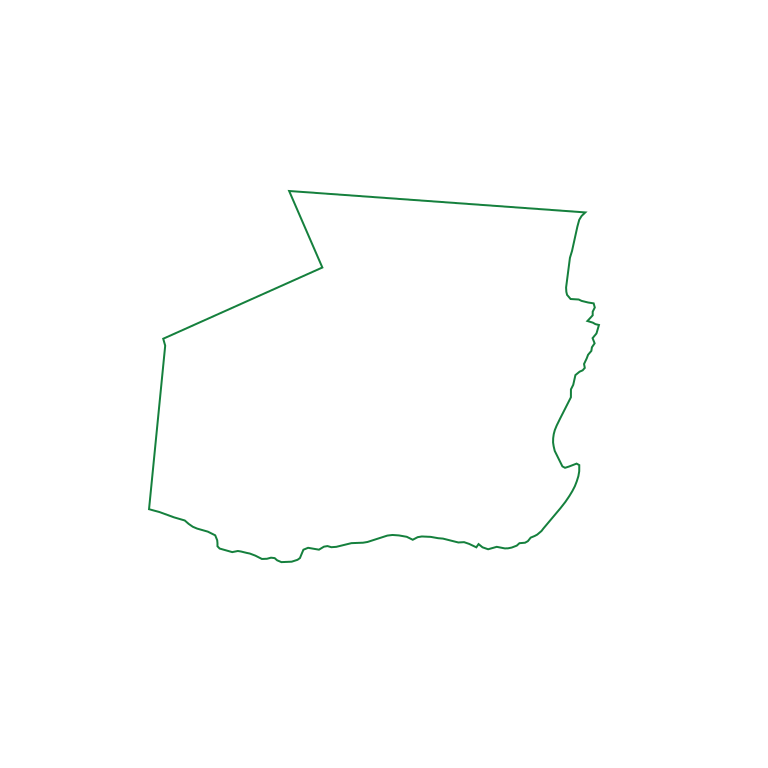 Ngerbelau, Angaur, Palau, rotated 54°
{"feature_id": "81905179B91574201730062", "entity_name": "Ngerbelau", "entity_type": "district", "adm_level": 2, "iso_a3": "PLW", "parent_name": "Palau", "parent_adm1": "Angaur", "projection": "mercator", "projection_center": [134.149, 6.91], "detail": "fine", "context": "isolated", "style": "outline", "palette": "green", "viewbox_px": 768, "rotation_deg": 54, "n_neighbors": 0, "source": "geoboundaries", "source_scale": "gbopen_adm2", "svg_char_len": 1737}
<svg xmlns="http://www.w3.org/2000/svg" viewBox="0 0 768 768"><g transform="rotate(54 384 384)"><path d="M217.6,536.0L224.4,538.5L347.2,647.7L355.5,641.0L368.4,632.3L377.3,625.4L382.2,624.3L387.1,622.6L391.1,620.2L399.9,613.3L407.2,609.5L412.4,610.8L414.9,612.3L417.4,614.1L420.5,613.7L430.8,605.6L433.2,600.4L435.4,598.2L440.0,594.3L442.3,592.2L447.2,589.0L453.8,585.6L456.6,581.4L458.1,577.5L460.6,574.8L463.8,574.1L467.8,571.7L473.5,563.1L475.4,557.3L475.4,554.3L473.6,551.4L470.7,546.6L471.9,541.7L479.8,534.0L480.3,528.2L481.9,525.0L485.1,522.5L487.7,518.3L493.6,503.9L500.1,494.2L502.1,490.2L508.6,470.4L511.1,465.9L515.3,460.9L521.0,455.4L526.9,452.3L527.7,446.8L529.6,443.0L535.1,436.1L540.6,430.8L543.7,427.2L555.9,417.0L559.0,412.2L563.4,409.1L570.4,405.3L569.1,401.6L574.0,400.3L578.9,396.9L582.0,388.5L588.0,382.9L589.8,380.3L591.4,376.8L592.8,371.6L592.4,368.0L595.3,363.2L595.7,360.0L594.5,355.6L595.5,351.5L595.9,348.6L595.5,343.0L594.6,340.0L588.2,314.3L586.0,306.6L583.7,300.2L581.4,294.7L578.9,289.7L576.0,285.2L572.8,280.9L569.3,277.3L564.4,273.7L561.6,275.0L559.5,282.9L558.2,286.8L555.5,288.1L538.5,285.2L534.2,283.4L530.7,281.6L527.3,279.0L524.3,276.1L521.7,272.9L519.1,268.7L515.4,261.7L504.6,240.6L498.2,235.9L495.9,231.4L489.3,223.9L489.0,218.5L489.7,215.3L489.0,212.1L485.4,210.4L482.4,204.9L480.3,201.7L479.1,196.8L476.5,194.2L474.9,189.7L469.5,188.3L468.0,182.4L462.6,175.4L459.8,177.8L457.1,179.0L452.6,182.4L451.1,174.8L448.2,172.7L446.0,168.5L442.0,167.0L438.0,171.0L432.9,175.3L430.1,176.8L424.9,183.1L419.5,183.5L416.6,182.3L413.0,180.0L391.2,159.4L386.9,153.7L370.3,135.0L365.9,129.5L364.2,125.4L363.5,120.3L172.1,347.3L253.5,365.4L217.6,536.0Z" fill="none" stroke="#15803d" stroke-width="2"/></g></svg>